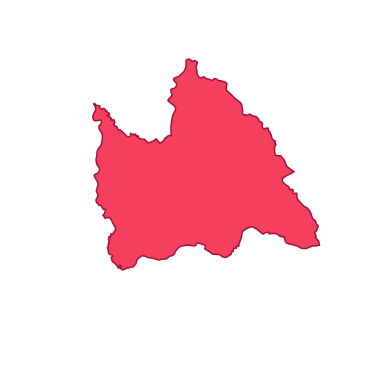 the district of Wiang Chai, Chiang Rai, Thailand, rotated 310°
{"feature_id": "78962969B32400228790118", "entity_name": "Wiang Chai", "entity_type": "district", "adm_level": 2, "iso_a3": "THA", "parent_name": "Thailand", "parent_adm1": "Chiang Rai", "projection": "robinson", "projection_center": [99.97, 19.862], "detail": "fine", "context": "isolated", "style": "filled", "palette": "rose", "viewbox_px": 384, "rotation_deg": 310, "n_neighbors": 0, "source": "geoboundaries", "source_scale": "gbopen_adm2", "svg_char_len": 6061}
<svg xmlns="http://www.w3.org/2000/svg" viewBox="0 0 384 384"><g transform="rotate(310 192 192)"><path d="M233.2,323.9L235.2,321.2L235.8,320.7L236.0,318.8L236.7,315.7L237.9,315.3L238.5,314.7L239.4,312.0L240.0,311.8L240.9,312.4L242.2,312.3L247.0,310.6L247.3,310.2L247.3,308.4L247.6,307.4L247.9,306.7L249.1,305.6L249.3,301.1L252.1,296.7L252.9,294.9L253.4,293.1L253.7,290.0L253.0,286.7L254.2,277.9L255.1,276.1L257.2,274.2L258.2,273.0L258.1,272.3L256.2,271.2L255.9,270.5L256.2,269.6L258.0,268.7L258.5,268.0L258.5,267.4L258.2,266.5L256.7,265.8L256.4,265.4L257.5,264.1L258.0,263.0L258.1,261.6L257.8,259.2L257.8,256.4L258.3,254.5L259.2,253.4L260.0,252.9L261.9,252.9L265.6,254.0L269.4,255.8L273.1,257.1L272.7,252.0L272.8,250.3L272.5,249.2L272.6,248.4L273.7,245.6L275.3,243.1L276.1,241.0L276.1,238.8L276.8,237.4L276.6,236.6L274.7,234.0L274.0,232.3L274.1,231.7L275.9,229.4L278.4,227.2L280.2,226.0L282.5,225.7L282.9,224.0L284.4,223.4L284.2,219.9L284.3,218.9L286.2,216.5L287.9,213.2L288.3,211.0L289.7,209.6L289.8,209.1L289.1,208.2L286.6,206.5L286.5,205.6L287.0,203.9L289.4,202.2L290.0,201.3L290.0,200.3L289.6,197.8L290.7,195.9L291.0,192.7L289.4,189.8L288.8,186.2L286.6,185.2L284.5,181.9L284.3,181.0L284.6,180.2L287.4,178.0L290.9,173.8L291.7,170.6L291.4,168.0L291.3,163.7L291.8,160.6L292.1,153.4L292.3,152.8L293.6,151.3L297.3,149.2L297.6,148.6L297.7,147.4L295.9,143.0L294.2,140.0L294.3,138.1L294.1,137.4L293.2,136.3L290.5,135.6L289.9,135.2L289.5,132.8L288.0,130.4L288.0,127.0L285.1,125.5L284.6,124.7L284.5,124.0L284.9,122.2L286.0,119.7L288.1,117.8L289.8,115.2L290.3,114.8L294.6,112.9L294.8,112.4L294.7,110.5L294.3,109.5L293.0,108.8L292.5,108.2L292.0,104.3L289.7,102.8L288.6,103.2L285.8,105.7L284.4,106.6L282.0,107.7L279.4,108.4L272.5,107.6L271.4,107.3L268.6,105.5L267.6,105.3L266.6,105.4L265.9,106.3L265.3,109.8L264.9,110.6L263.3,111.9L262.3,112.0L259.9,111.9L258.6,110.5L256.9,110.0L255.1,111.7L254.0,113.9L253.3,114.4L250.8,114.7L248.2,114.4L246.7,114.7L246.4,116.2L246.7,123.0L246.3,124.4L245.6,125.7L243.9,126.7L238.7,127.9L235.4,129.4L228.0,134.2L223.1,138.6L222.1,139.8L221.3,139.5L220.6,138.2L219.1,137.4L217.7,137.4L215.6,136.6L213.3,137.3L210.3,136.7L208.7,136.0L209.1,134.4L209.6,130.4L206.3,129.6L204.5,128.8L201.5,126.9L201.8,121.6L201.6,121.1L200.6,120.2L199.8,119.2L199.9,118.5L199.0,116.7L199.7,115.3L200.3,114.9L199.9,114.3L199.2,114.4L198.9,114.1L199.1,113.5L199.6,113.0L199.9,111.3L199.5,111.1L198.8,111.3L198.7,110.3L197.9,109.7L197.9,108.6L197.3,107.3L196.6,108.1L195.1,108.8L193.9,108.3L192.8,106.7L193.5,99.1L193.2,97.9L193.4,97.2L192.2,95.0L192.4,94.3L193.3,93.5L193.7,92.9L193.6,91.8L193.0,90.5L193.0,89.9L193.5,88.6L195.4,88.4L196.9,86.4L196.9,84.9L195.5,84.8L195.2,84.3L195.3,83.6L196.5,82.8L196.8,81.8L196.7,80.8L195.9,80.1L196.0,79.0L195.7,78.5L196.2,77.8L197.7,79.2L198.3,79.1L199.1,77.8L198.7,76.4L198.9,75.5L199.4,74.9L198.3,73.8L199.5,72.8L199.3,70.8L198.7,70.2L197.4,69.9L197.1,68.6L197.4,67.3L198.4,66.2L198.6,65.7L197.0,63.3L196.9,62.4L197.2,60.7L197.0,60.2L196.2,60.1L195.8,62.1L193.7,65.1L187.2,66.9L185.5,68.0L184.5,69.2L184.0,70.6L184.3,72.0L185.6,73.4L188.0,75.2L188.4,76.1L188.3,76.8L187.0,78.1L185.2,78.5L182.9,78.3L181.5,79.2L180.7,80.4L178.9,85.5L178.2,86.6L177.2,87.5L174.7,89.4L169.9,92.0L168.0,92.4L165.3,92.3L162.7,93.0L161.3,93.7L158.8,95.7L155.9,97.1L154.5,98.2L152.1,101.1L150.9,105.3L150.2,106.4L149.5,107.0L148.0,107.5L145.6,107.6L142.9,106.2L142.0,106.3L141.4,107.0L140.6,108.6L139.2,112.7L138.2,114.3L136.5,115.8L131.8,117.6L130.8,118.8L129.8,121.1L128.7,122.3L127.9,122.7L124.4,123.5L123.6,124.1L122.4,125.9L122.7,127.2L122.0,129.3L123.4,131.1L122.5,132.4L122.4,133.4L121.8,134.3L121.8,135.7L122.9,136.1L123.0,136.9L122.6,137.3L119.3,138.9L117.3,138.5L116.9,138.9L116.9,140.2L116.1,141.4L116.0,142.4L117.2,142.7L118.3,144.2L119.0,144.7L119.3,145.9L119.0,147.5L117.1,151.8L115.1,157.0L111.4,158.3L110.6,157.7L110.4,158.1L108.7,158.6L107.7,156.8L105.5,158.2L104.7,158.4L104.6,157.7L104.2,157.5L104.1,157.2L102.8,158.4L101.8,158.6L101.6,159.0L101.7,159.9L101.3,160.3L100.8,160.2L100.4,160.6L99.6,160.6L98.7,161.6L97.4,161.8L97.0,162.2L96.9,162.6L95.9,163.2L94.9,162.9L94.4,163.8L93.9,165.4L93.0,165.6L92.4,166.7L91.4,167.4L91.4,169.0L92.3,170.9L92.2,172.0L91.9,172.2L89.8,172.4L88.1,174.6L87.5,176.2L87.9,177.2L87.1,183.0L87.0,183.5L86.3,184.1L87.0,185.0L89.1,183.9L89.7,184.0L89.9,184.5L89.8,185.0L87.5,186.4L87.5,188.8L90.2,190.5L91.6,190.7L92.1,191.0L92.8,192.3L93.9,192.8L94.6,192.8L96.4,194.8L98.2,195.1L101.2,195.1L103.4,193.9L105.3,193.5L107.4,193.7L109.1,194.3L111.0,194.6L112.4,196.9L113.9,201.4L115.8,203.9L117.4,207.8L118.9,210.8L119.5,211.2L120.8,211.5L121.5,212.6L124.6,215.5L127.6,215.9L129.2,216.6L130.7,217.9L132.5,218.3L133.8,218.3L135.6,217.4L137.7,217.5L139.7,217.2L141.9,217.7L143.9,218.7L147.7,222.0L148.9,223.5L152.6,228.9L153.7,229.1L156.6,228.7L159.3,235.2L159.1,236.8L158.6,237.6L156.7,238.3L156.9,240.6L157.5,243.7L157.6,247.7L161.6,253.1L162.1,257.4L163.4,259.7L163.9,260.1L165.4,260.9L166.1,260.9L166.6,260.6L167.5,261.6L169.2,261.7L169.7,262.0L170.5,261.4L171.2,261.3L171.4,261.0L173.3,261.6L173.9,260.9L175.5,260.2L175.8,260.9L177.0,261.1L177.5,262.0L178.2,261.2L178.9,260.8L179.4,261.2L179.7,262.3L181.3,262.5L181.9,261.0L183.0,261.1L184.6,260.7L184.9,260.4L185.4,260.4L185.6,260.2L187.1,259.8L187.6,259.3L189.2,258.9L192.1,257.0L195.2,255.9L196.2,256.7L197.6,256.8L198.4,257.3L199.6,257.2L200.0,257.9L201.9,258.6L203.2,259.5L204.6,261.4L205.0,262.8L204.5,263.9L205.0,264.0L205.5,264.9L205.3,265.3L205.4,266.1L205.1,267.2L205.3,267.6L205.0,267.9L205.5,268.8L205.2,271.0L205.4,273.5L208.7,274.6L209.9,276.0L209.7,278.4L211.3,279.6L213.6,282.3L214.2,283.5L214.7,285.3L214.6,286.6L215.1,287.5L214.6,287.6L214.6,288.0L215.2,288.9L215.5,289.0L215.6,289.7L215.8,289.8L216.0,290.3L216.6,290.8L216.4,291.1L216.6,291.4L216.3,291.7L216.5,291.9L216.4,292.3L214.7,294.4L214.0,295.6L213.7,297.3L214.7,300.0L216.2,302.5L217.2,305.4L218.4,307.1L218.8,310.5L219.3,312.1L220.4,313.8L222.4,316.0L228.0,318.9L228.7,319.5L229.8,321.1L233.2,323.9Z" fill="#f43f5e" stroke="#9f1239" stroke-width="1.5"/></g></svg>